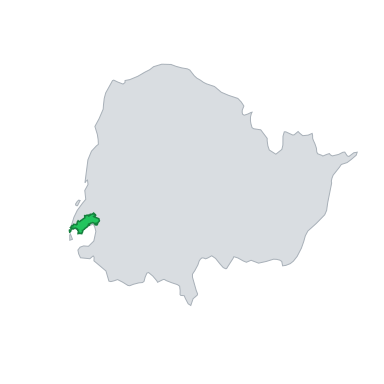 location of Botum Sakor, Kaôh Kong, Cambodia, rotated 31°
{"feature_id": "14789045B91136996845349", "entity_name": "Botum Sakor", "entity_type": "district", "adm_level": 2, "iso_a3": "KHM", "parent_name": "Cambodia", "parent_adm1": "Kaôh Kong", "projection": "natural_earth1", "projection_center": [103.368, 11.059], "detail": "fine", "context": "in_parent", "style": "filled", "palette": "green", "viewbox_px": 384, "rotation_deg": 31, "n_neighbors": 0, "source": "geoboundaries", "source_scale": "gbopen_adm2", "svg_char_len": 7006}
<svg xmlns="http://www.w3.org/2000/svg" viewBox="0 0 384 384"><g transform="rotate(31 192 192)"><path d="M313.1,72.8L313.8,75.9L311.9,81.7L309.8,86.9L305.8,91.5L305.6,94.9L304.3,104.9L304.9,108.2L305.8,110.9L307.1,112.4L310.6,122.2L313.8,131.2L316.9,138.5L317.5,143.2L314.7,155.0L311.4,165.8L311.7,171.2L313.2,176.6L314.7,183.8L315.3,193.1L314.5,199.1L313.1,202.8L310.2,206.6L307.7,208.6L304.7,205.3L302.3,205.2L299.1,206.2L296.5,207.6L291.4,213.3L285.7,218.7L277.8,220.1L274.8,224.2L271.5,224.7L265.2,224.9L261.2,225.9L261.4,227.9L261.1,237.5L261.1,239.8L260.5,240.4L257.7,240.7L252.9,239.2L246.4,236.8L241.8,236.5L239.4,240.6L238.0,242.3L236.3,242.5L234.5,243.3L233.8,245.2L233.7,247.5L234.6,251.5L234.9,257.9L234.7,262.2L236.4,264.9L246.3,274.2L249.3,276.5L249.6,277.8L247.9,282.9L249.4,289.9L246.3,289.8L241.2,286.7L238.7,284.9L235.7,286.4L234.6,286.1L232.6,282.6L229.9,279.1L227.2,278.9L221.4,280.2L215.6,281.2L213.3,281.2L212.4,281.8L209.0,287.1L207.5,286.2L201.6,284.2L196.2,283.4L195.1,284.8L195.7,289.1L196.9,293.3L196.2,295.1L193.2,297.3L189.3,301.3L186.9,304.4L185.2,305.1L179.2,305.0L173.3,305.4L170.9,308.3L168.6,310.6L166.7,311.2L158.9,304.0L143.4,301.5L141.7,298.3L140.2,297.7L138.8,301.8L130.3,305.8L126.7,303.4L124.1,300.5L124.5,296.9L126.9,294.0L131.2,291.9L133.1,284.6L129.9,275.3L127.1,272.5L124.1,270.4L121.0,273.9L118.3,279.8L115.6,282.9L111.7,283.6L106.0,283.3L103.8,274.4L103.1,266.8L103.9,258.1L104.7,253.0L99.3,245.9L99.0,239.1L96.3,235.6L95.5,237.4L95.6,239.3L94.9,237.9L86.2,218.0L84.8,208.8L86.3,201.7L87.2,199.4L84.7,195.6L81.2,191.4L75.0,185.8L74.6,177.0L73.2,166.7L71.4,163.2L68.5,156.8L67.0,151.5L66.5,137.5L67.3,136.4L71.7,136.0L77.3,135.0L78.2,132.7L77.2,130.9L80.8,127.7L85.9,120.8L89.9,113.5L92.8,108.9L94.5,104.4L100.3,98.0L108.3,93.5L113.7,92.5L119.3,90.9L124.7,88.8L127.3,88.6L134.0,91.2L137.6,91.9L141.4,91.8L145.4,92.1L148.8,91.8L157.0,90.0L165.8,91.4L173.6,90.3L183.2,88.2L187.9,89.5L192.2,91.6L192.9,95.9L193.9,97.8L195.3,99.3L197.2,99.3L199.7,96.4L201.7,93.3L202.4,92.7L202.5,94.3L203.5,97.6L205.4,100.8L207.2,103.0L210.3,105.9L212.3,106.0L218.9,103.3L228.8,107.3L230.0,109.3L233.2,113.3L236.6,116.2L244.4,116.4L247.1,109.2L245.7,104.9L241.3,97.4L240.1,92.9L241.5,92.1L248.9,91.3L250.1,90.4L251.8,85.5L253.8,86.1L257.9,86.7L262.3,83.4L264.8,79.9L266.3,81.5L267.8,83.9L269.5,85.3L272.7,87.5L276.1,90.4L278.3,93.4L280.0,94.5L284.4,93.7L285.6,93.8L288.2,90.3L290.0,88.3L291.5,88.9L293.7,88.8L298.3,84.3L300.9,80.2L302.4,79.1L306.5,81.1L308.2,80.7L310.5,75.0L313.1,72.8ZM100.9,262.7L100.1,263.2L99.3,263.2L98.4,262.4L98.5,259.2L99.1,257.3L100.5,256.9L100.9,262.7ZM113.9,294.1L112.1,296.3L109.4,291.9L109.4,290.6L113.9,294.1Z" fill="#d9dde1" stroke="#a8b0b8" stroke-width="1"/><path d="M125.9,262.9L122.4,263.4L122.2,263.6L121.4,263.6L120.5,263.7L120.8,263.1L121.1,262.9L121.4,262.3L121.5,261.7L121.2,261.5L121.1,261.3L120.9,261.2L120.7,261.2L120.4,261.3L120.1,261.5L120.1,261.3L119.9,261.2L119.9,261.3L119.7,261.3L119.6,261.5L119.4,261.3L119.4,261.2L119.5,261.1L119.4,261.1L119.2,261.1L119.2,261.3L119.3,261.4L119.2,261.4L118.9,261.3L118.8,261.1L118.7,261.0L118.6,260.9L118.5,261.2L118.4,261.2L118.4,261.4L118.1,261.8L118.1,262.1L117.7,262.3L117.6,262.5L117.4,263.0L117.2,263.2L117.1,263.3L116.5,263.3L116.2,263.7L116.1,263.8L116.2,264.0L116.5,264.5L116.0,264.8L115.8,265.0L116.0,265.5L116.0,265.8L115.9,265.8L115.5,265.5L115.3,265.2L115.1,265.1L114.8,265.2L114.7,265.3L114.6,265.5L114.7,265.8L114.0,266.0L113.5,266.3L113.4,266.4L113.5,266.7L113.3,266.9L113.2,267.0L112.8,267.4L112.2,267.5L112.2,267.8L112.4,267.9L112.8,268.3L113.0,268.5L113.2,268.9L113.2,269.2L113.4,269.4L112.0,272.3L112.0,272.9L111.9,273.1L111.5,273.6L111.3,273.8L111.2,274.8L111.0,275.2L110.6,275.4L110.4,275.5L110.2,275.5L110.0,275.4L109.8,275.4L109.7,275.4L109.2,275.3L109.2,275.5L109.1,276.7L109.3,277.1L109.5,277.4L109.5,278.0L109.7,278.3L109.9,278.4L110.1,278.7L110.1,278.9L110.1,279.1L110.0,279.3L109.6,279.3L109.4,279.4L109.4,279.5L109.2,279.4L109.3,279.5L108.9,280.0L108.7,280.1L108.4,280.1L107.4,280.6L107.1,280.7L107.1,280.8L107.2,281.7L107.3,281.9L107.4,282.1L107.4,282.3L106.9,282.5L106.5,282.8L106.3,283.2L106.2,283.4L106.2,283.7L106.2,284.0L106.4,284.4L106.5,284.3L106.5,284.6L106.8,284.6L106.7,284.8L106.6,284.7L106.6,284.8L106.8,284.8L106.7,284.9L106.8,284.9L107.0,284.9L106.9,285.0L107.0,285.0L107.3,285.2L107.4,285.3L107.5,285.5L107.4,285.7L107.5,285.7L108.5,285.2L108.9,285.1L108.8,284.9L108.9,284.7L109.0,284.6L109.0,284.4L109.3,284.4L109.6,284.3L109.6,284.2L109.6,283.8L109.8,283.7L110.0,283.6L110.3,283.2L110.6,283.0L110.8,282.8L111.0,282.8L111.3,282.8L111.5,282.8L111.8,282.9L112.0,282.8L112.2,282.7L112.4,282.8L112.5,282.8L112.5,283.0L112.4,283.0L112.8,283.2L113.1,283.2L113.2,283.3L113.4,283.4L113.5,283.4L113.5,283.2L113.6,283.5L113.9,283.7L114.0,283.6L114.0,283.8L114.7,284.1L114.9,284.3L115.2,284.8L115.3,284.8L115.4,285.1L115.4,285.3L115.5,285.6L115.4,285.7L115.4,285.9L115.5,285.9L115.6,286.0L115.6,285.8L115.8,285.5L115.9,285.4L116.2,285.3L116.2,285.2L116.3,285.2L116.6,285.1L116.8,285.1L117.0,285.2L117.0,285.4L117.3,285.2L117.5,285.2L118.0,284.9L118.0,284.7L118.3,284.4L118.6,284.4L118.7,284.5L119.0,284.5L119.0,284.3L118.8,283.8L118.8,283.7L118.7,283.5L118.8,283.0L118.8,282.8L118.8,282.5L118.5,282.0L118.4,281.9L118.5,281.9L118.3,281.3L118.3,280.9L118.3,280.6L118.5,280.0L118.9,279.4L118.9,279.0L119.1,278.5L119.1,278.3L119.0,278.2L119.3,277.7L119.6,277.0L119.7,276.9L119.7,276.7L120.0,276.1L120.1,275.8L120.0,275.7L120.1,275.2L120.1,274.8L120.2,274.4L120.5,274.1L120.7,273.9L120.9,273.7L121.1,273.3L121.1,273.1L121.1,272.8L121.0,272.7L120.8,272.7L120.5,272.9L120.0,273.1L119.8,273.0L119.8,272.9L120.1,272.6L120.2,272.4L120.4,272.1L120.6,272.0L120.9,271.6L121.2,271.3L121.2,271.0L121.3,270.7L121.6,270.5L121.9,270.3L122.6,269.6L122.6,269.4L123.2,269.2L123.3,269.2L123.6,269.2L124.0,269.1L124.6,269.2L124.7,269.3L124.8,269.2L125.0,269.2L125.1,269.3L125.1,269.2L125.2,268.9L125.3,268.8L125.3,269.1L125.7,268.9L125.8,269.0L125.6,269.1L125.7,269.5L125.7,269.4L125.8,269.3L126.0,269.5L126.2,269.2L126.3,269.3L126.2,269.5L126.4,269.6L126.6,269.4L126.6,269.5L126.8,269.6L126.9,269.4L127.2,269.3L127.1,269.1L126.9,269.0L126.9,268.9L127.1,268.9L127.0,268.7L127.1,268.8L127.3,268.8L127.4,268.7L127.5,268.6L127.5,268.4L127.3,268.5L127.3,268.4L127.5,268.4L127.5,268.2L127.2,268.2L127.0,267.9L126.9,267.8L126.9,267.6L127.0,267.5L127.0,267.4L127.1,267.2L127.1,266.9L127.0,266.7L127.1,266.3L127.3,266.0L127.3,265.5L127.5,265.0L127.5,264.6L127.3,264.1L127.0,263.9L126.7,263.7L126.4,263.4L126.1,263.0L126.0,262.9L125.9,262.9ZM107.6,287.8L107.6,287.7L107.3,287.8L107.1,287.8L107.0,288.0L106.8,287.9L106.7,287.9L106.9,288.4L107.0,288.6L107.3,288.6L107.8,288.6L108.1,288.4L108.1,288.2L107.9,288.1L107.7,287.9L107.8,287.8L107.7,287.8L107.6,287.8ZM108.3,289.3L108.2,289.2L108.0,289.3L107.9,289.3L107.9,289.5L108.0,289.6L108.3,289.4L108.6,289.3L108.4,289.3L108.3,289.3ZM107.0,287.6L107.1,287.4L106.9,287.5L107.0,287.6Z" fill="#22c55e" stroke="#15803d" stroke-width="1.5"/></g></svg>